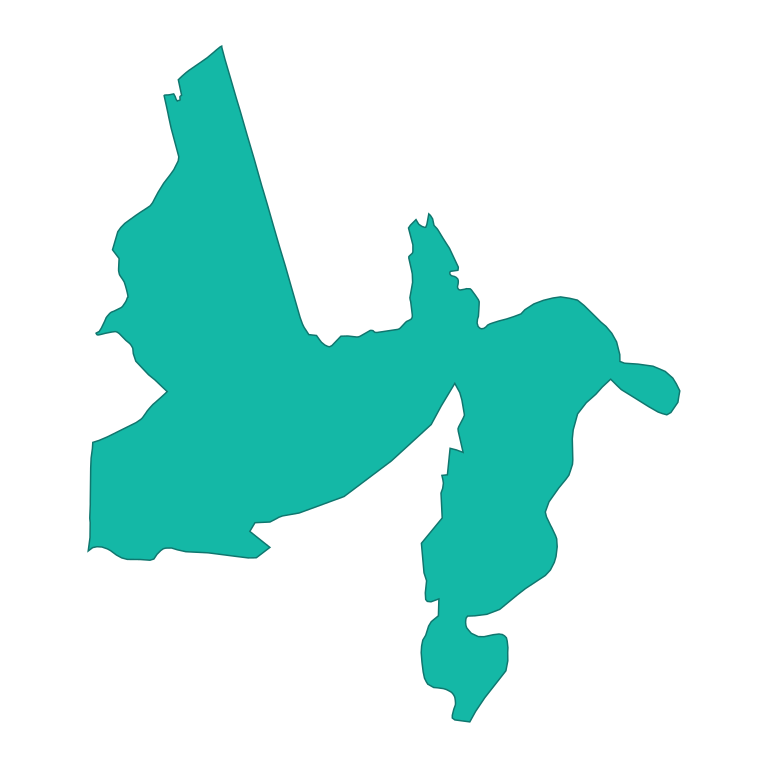 Cam Le, Đà Nẵng, Vietnam (Robinson projection)
{"feature_id": "81297802B37110717960369", "entity_name": "Cam Le", "entity_type": "district", "adm_level": 2, "iso_a3": "VNM", "parent_name": "Vietnam", "parent_adm1": "Đà Nẵng", "projection": "robinson", "projection_center": [108.198, 16.017], "detail": "fine", "context": "isolated", "style": "filled", "palette": "teal", "viewbox_px": 768, "rotation_deg": 0, "n_neighbors": 0, "source": "geoboundaries", "source_scale": "gbopen_adm2", "svg_char_len": 5641}
<svg xmlns="http://www.w3.org/2000/svg" viewBox="0 0 768 768"><path d="M285.3,265.9L279.7,247.4L273.2,225.0L267.3,204.4L263.4,191.2L261.9,186.3L254.1,158.7L247.3,135.7L240.3,111.4L236.4,98.5L231.0,79.9L224.9,59.1L221.9,47.8L221.7,46.1L220.3,46.8L216.8,49.6L213.1,52.8L207.0,57.9L197.5,64.5L189.2,70.2L186.1,72.6L182.1,76.1L178.3,79.7L181.6,95.2L180.1,96.4L179.9,96.8L180.1,99.9L179.3,100.4L177.9,100.6L177.3,101.0L176.7,100.3L176.0,99.0L175.2,96.6L173.7,93.9L170.3,94.6L168.5,94.9L165.6,95.0L164.5,95.2L164.1,95.6L166.3,105.5L167.9,112.9L168.6,116.5L171.1,128.0L178.8,156.8L178.2,161.0L174.5,168.3L174.0,169.4L172.9,171.0L169.8,175.3L163.7,183.2L158.3,191.9L154.6,198.8L152.6,202.7L150.2,205.8L146.4,208.4L141.4,211.6L135.8,215.4L129.7,219.8L124.8,223.4L120.8,227.5L117.8,231.7L112.5,249.8L119.1,258.5L118.6,268.7L118.6,270.8L119.2,273.6L119.5,274.7L120.6,276.5L122.5,279.2L123.3,280.5L124.2,281.9L124.5,282.9L125.4,285.6L126.4,289.2L127.2,292.4L127.8,295.2L128.0,297.0L127.9,297.0L127.5,297.5L127.2,298.1L126.3,300.6L125.3,302.4L124.2,304.0L122.7,306.2L121.9,307.0L120.8,307.8L118.1,309.1L117.6,309.4L116.3,310.0L115.3,310.5L114.1,311.1L112.2,311.8L111.3,312.2L110.3,312.9L109.2,314.0L107.2,316.3L106.1,317.8L105.5,319.3L104.6,321.4L101.3,328.2L99.2,331.5L96.1,333.1L96.1,333.5L97.0,334.7L97.5,334.9L98.7,334.9L101.4,334.3L105.3,333.3L111.9,332.0L115.1,331.6L115.9,331.7L117.3,332.2L119.3,333.6L125.8,340.3L128.0,342.1L129.8,343.6L131.0,345.1L132.1,346.9L132.8,348.3L133.3,353.7L135.8,361.2L148.5,374.7L154.8,379.8L167.2,391.6L164.7,394.0L161.2,397.2L157.0,400.9L155.8,402.0L154.3,403.3L153.0,404.4L151.8,405.7L149.8,407.9L148.7,409.2L147.2,411.0L145.9,413.0L144.6,414.8L143.2,416.8L142.1,418.2L140.9,419.3L136.1,422.6L107.3,436.9L99.1,440.4L92.8,442.4L92.4,448.6L91.1,458.1L90.7,468.1L90.3,500.8L90.3,504.5L90.1,509.8L89.8,517.4L89.8,518.6L90.2,522.6L90.0,537.6L88.2,551.0L92.7,547.6L97.0,546.7L101.9,547.0L107.4,548.9L110.5,550.6L116.4,555.0L121.7,557.9L127.4,559.4L140.1,559.5L150.0,560.2L153.9,559.0L157.0,554.3L160.8,550.5L163.4,548.7L165.8,548.1L171.5,548.0L177.4,549.8L185.8,551.7L208.0,552.8L224.4,554.9L234.4,556.2L248.1,557.9L255.0,557.8L256.4,557.7L269.9,547.4L249.8,531.4L255.0,522.7L270.0,522.0L278.0,517.8L278.5,517.4L282.6,515.9L299.1,513.0L300.5,512.5L344.1,496.5L391.4,460.9L406.4,447.2L431.2,424.5L441.2,406.0L454.8,383.4L459.8,392.6L461.9,400.0L464.2,413.5L464.4,415.3L463.1,418.3L458.7,426.8L458.0,428.8L458.3,431.4L463.1,452.4L456.3,449.9L450.1,448.3L447.4,474.8L441.9,475.4L442.9,479.8L443.4,483.1L442.7,488.3L441.0,493.1L442.2,518.0L421.4,543.3L424.0,572.8L426.6,580.8L425.3,592.9L425.7,599.5L427.3,601.4L431.0,601.8L438.9,598.9L438.4,615.8L431.3,621.6L428.6,626.1L425.7,635.3L422.8,640.1L421.6,646.1L421.2,652.7L422.0,662.4L423.2,672.0L424.5,678.2L426.3,681.8L427.8,684.2L433.7,687.5L437.6,687.8L443.4,688.6L446.3,689.5L448.3,690.5L450.0,691.4L451.6,692.4L453.0,694.0L453.8,695.2L454.5,696.5L454.9,697.7L455.3,700.4L455.5,703.0L455.4,704.9L453.8,709.2L452.3,715.3L452.3,718.0L454.8,719.9L469.8,721.9L475.6,711.4L484.8,697.7L499.4,679.1L505.9,670.8L507.8,660.8L507.7,652.4L507.9,647.7L507.2,641.1L506.4,637.8L504.6,635.9L503.3,635.1L502.3,634.5L500.6,634.3L499.1,634.0L493.3,634.7L484.1,636.7L478.3,636.6L475.3,635.2L471.3,633.3L468.7,630.3L466.7,627.8L465.9,625.3L465.6,622.3L465.8,619.7L466.1,618.1L467.6,616.1L474.9,615.8L486.9,614.3L499.7,609.4L517.3,594.9L525.4,588.6L545.4,575.4L550.4,570.0L554.3,562.4L556.0,556.6L557.2,546.7L556.9,542.5L556.7,538.9L555.6,535.8L552.0,528.1L550.5,525.3L546.5,516.9L545.3,512.0L549.0,501.8L558.9,487.8L565.9,479.3L568.9,475.2L570.7,469.9L572.5,464.2L572.8,459.9L572.3,438.8L573.2,429.9L577.6,413.9L586.3,402.7L595.9,394.2L602.2,387.1L610.3,379.5L610.7,379.2L617.2,385.7L621.3,389.6L633.9,397.4L648.6,406.6L658.0,412.0L662.4,413.6L666.8,414.8L667.4,414.5L670.9,412.5L677.9,402.3L678.7,397.2L679.0,395.4L679.8,390.9L676.3,383.8L672.8,378.1L665.2,371.4L653.0,366.2L638.0,364.1L624.5,363.2L619.9,361.4L619.8,354.6L616.6,341.9L611.8,333.3L606.0,326.4L600.8,322.0L595.8,317.0L584.1,305.5L578.8,301.2L577.4,300.1L569.7,298.3L560.6,296.9L552.9,298.0L543.5,300.3L533.9,303.9L524.9,309.7L521.0,313.9L514.1,316.5L506.5,319.0L498.8,321.0L493.1,322.8L489.9,323.9L487.6,325.1L486.1,326.8L484.0,328.3L481.6,328.8L479.7,328.1L478.0,326.3L477.8,325.3L477.1,323.1L477.5,319.1L478.4,316.4L478.8,310.4L479.1,304.7L479.2,301.8L478.4,299.8L475.5,295.5L471.4,289.9L470.1,288.8L466.4,288.7L464.7,289.2L463.0,289.5L460.3,290.0L459.0,289.7L458.3,289.0L457.7,288.1L457.5,286.3L458.1,284.0L458.3,281.8L458.2,280.3L457.7,278.9L456.2,277.4L454.5,276.5L452.9,276.1L451.4,275.7L450.1,274.4L449.7,273.0L450.0,272.0L450.8,271.3L457.9,270.3L458.2,268.8L458.3,267.1L449.5,248.4L448.7,247.1L447.7,245.6L445.9,242.8L443.1,238.4L438.2,230.3L437.0,228.6L434.0,225.4L432.6,218.8L430.4,215.4L428.8,213.9L427.3,222.1L426.8,224.6L425.7,227.3L424.8,227.4L421.9,226.4L418.8,224.3L417.5,222.2L416.0,219.6L410.4,225.2L408.5,228.0L412.9,244.9L412.9,251.8L412.3,253.3L410.2,255.2L408.9,256.5L408.8,258.0L411.7,270.9L412.3,273.9L412.6,282.4L409.9,297.7L410.2,299.8L410.7,301.7L412.3,314.9L412.3,316.5L412.1,317.6L411.8,318.1L411.1,319.2L409.1,320.3L406.7,321.4L405.6,322.3L403.0,325.1L400.3,328.0L399.1,328.9L397.7,329.4L392.9,330.1L382.3,331.7L378.9,332.2L376.9,332.5L374.8,332.3L373.5,331.2L373.1,330.7L371.8,330.4L370.3,330.4L369.8,330.7L360.0,336.3L358.3,336.9L356.7,337.0L347.8,336.0L340.9,336.2L331.9,345.6L329.5,346.8L327.7,346.4L324.8,345.0L321.5,342.3L319.5,339.7L316.5,335.5L308.8,334.6L306.3,330.7L304.1,327.4L302.5,324.1L300.1,317.5L291.5,287.6L285.3,265.9Z" fill="#14b8a6" stroke="#0f766e" stroke-width="1.5"/></svg>